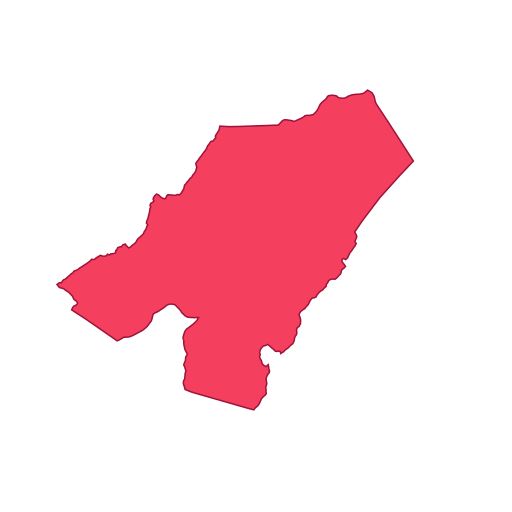 Mucugê, Bahia, Brazil (Albers equal-area conic projection), rotated 58°
{"feature_id": "56859067B79492424701178", "entity_name": "Mucugê", "entity_type": "district", "adm_level": 2, "iso_a3": "BRA", "parent_name": "Brazil", "parent_adm1": "Bahia", "projection": "albers", "projection_center": [-41.471, -13.068], "detail": "fine", "context": "isolated", "style": "filled", "palette": "rose", "viewbox_px": 512, "rotation_deg": 58, "n_neighbors": 0, "source": "geoboundaries", "source_scale": "gbopen_adm2", "svg_char_len": 5330}
<svg xmlns="http://www.w3.org/2000/svg" viewBox="0 0 512 512"><g transform="rotate(58 256 256)"><path d="M174.7,439.9L176.5,439.7L178.5,439.4L179.8,438.3L181.7,436.5L183.9,435.8L186.2,434.7L187.5,434.0L189.0,433.8L190.5,433.4L192.8,433.0L194.5,433.2L196.4,433.4L198.0,432.7L199.4,432.2L201.4,432.2L202.2,433.8L202.2,435.6L202.0,437.3L202.7,439.0L204.0,440.9L219.9,433.5L254.4,418.7L254.7,416.6L254.8,414.0L254.9,410.9L256.2,408.9L257.2,406.8L257.8,405.0L258.1,402.7L258.3,400.9L258.5,398.0L258.6,396.3L258.7,394.6L258.9,392.7L258.8,390.0L258.5,388.2L258.2,386.2L257.6,384.3L256.6,381.9L255.6,379.2L254.3,377.6L252.3,375.6L250.9,374.1L250.7,372.3L251.0,370.1L251.2,368.1L251.1,366.1L251.0,364.4L251.1,362.7L250.9,360.8L250.6,359.0L250.5,357.1L251.1,354.7L252.4,352.6L254.2,350.6L256.9,350.0L259.1,349.5L260.9,349.1L262.5,348.9L264.7,349.0L266.8,348.4L268.8,348.0L270.8,347.0L272.2,345.8L273.3,344.3L274.3,342.8L275.7,340.9L276.8,338.9L277.7,337.4L278.7,339.0L279.4,340.7L280.0,342.9L280.3,344.5L280.6,346.7L280.8,348.8L281.0,351.0L281.2,353.7L281.8,355.4L282.7,356.9L284.2,358.7L286.1,360.8L287.5,361.6L289.6,362.1L291.3,363.3L293.6,364.4L295.7,365.1L297.6,365.8L299.5,366.0L301.1,366.1L302.7,366.2L303.6,367.4L304.3,369.0L305.6,370.1L307.2,371.2L308.7,373.4L310.1,375.1L312.0,375.1L314.5,375.9L316.3,376.3L317.8,378.1L319.2,379.2L320.6,380.2L322.3,381.5L323.5,383.5L324.9,384.8L326.8,385.6L329.0,386.0L331.6,386.9L336.7,383.2L340.6,379.8L381.6,342.9L385.3,339.4L384.4,337.0L384.1,334.3L383.6,332.8L382.8,331.3L381.7,329.5L380.0,327.2L379.4,325.2L379.0,323.3L378.8,321.4L378.0,320.1L376.3,319.4L374.8,318.3L372.9,317.6L371.6,316.3L370.2,314.6L368.6,313.9L367.2,313.3L365.6,312.6L364.4,311.4L363.6,310.2L362.7,308.8L362.1,306.9L360.7,305.4L358.5,304.9L356.5,303.9L354.6,303.2L355.1,306.0L353.4,307.1L351.2,307.8L349.3,307.5L347.5,306.8L345.0,306.9L343.3,306.3L341.9,304.6L340.2,304.3L339.1,303.4L337.7,301.9L336.8,299.8L336.2,297.6L336.9,295.6L337.3,292.8L340.2,291.9L342.5,291.3L344.7,290.5L346.7,290.2L348.0,288.9L348.6,287.3L349.5,286.1L351.9,286.7L351.7,284.9L351.9,283.4L351.1,280.8L351.1,278.9L351.0,277.4L350.4,275.4L350.1,273.8L349.9,271.3L348.0,268.4L346.2,266.9L344.9,265.3L344.2,263.4L343.2,262.4L341.8,261.5L340.1,260.8L338.6,258.9L338.6,256.7L337.6,255.4L337.0,254.1L335.6,253.2L333.8,252.0L331.3,251.1L329.2,250.9L327.9,249.8L327.0,248.2L326.5,245.9L326.5,242.8L325.6,240.2L324.9,237.5L323.7,235.6L322.9,234.4L322.1,232.8L321.5,230.6L322.4,228.4L322.5,226.6L321.4,224.9L320.6,222.7L320.1,220.7L320.1,218.7L320.0,216.9L319.3,215.1L319.0,212.7L317.5,211.5L316.4,208.9L315.3,207.2L315.4,205.4L316.1,203.2L317.6,201.4L317.5,199.6L317.0,197.6L316.3,195.6L316.2,194.1L314.9,192.4L313.1,190.6L313.0,189.0L312.8,187.4L312.3,185.6L310.6,185.6L308.8,185.8L307.1,186.0L305.7,185.7L304.4,184.6L304.6,183.0L306.6,181.8L306.0,179.1L304.9,177.5L304.1,176.2L303.1,174.9L302.6,173.1L301.8,171.1L300.8,169.0L299.9,166.7L298.5,164.3L296.3,164.6L295.0,163.0L293.6,160.8L292.0,159.9L290.1,159.7L287.9,159.5L282.3,146.7L272.1,119.9L264.0,91.7L258.9,72.2L211.8,72.9L202.5,73.1L190.7,73.4L189.2,73.2L186.7,72.5L183.8,71.4L181.3,71.1L179.1,71.1L177.2,72.0L174.4,73.5L174.8,76.2L175.0,78.7L174.2,81.0L173.4,82.9L172.4,84.5L171.3,86.6L170.1,89.5L169.7,91.5L169.3,93.1L169.3,95.2L169.0,97.5L167.9,99.1L166.9,100.6L165.3,102.2L162.9,102.9L161.3,104.5L159.8,106.5L158.4,109.7L159.0,111.7L159.9,113.3L160.2,115.1L160.3,116.6L160.6,118.3L160.9,119.7L161.4,121.3L162.9,123.6L164.4,125.9L165.4,128.3L165.8,130.0L166.4,132.2L165.7,134.5L164.9,136.4L163.5,138.6L163.0,140.4L163.3,142.2L163.2,144.8L162.8,147.1L162.5,149.3L162.4,151.2L161.7,152.7L160.1,153.9L158.8,155.5L157.4,157.1L156.3,158.4L155.3,160.4L155.4,162.6L156.1,165.1L156.8,167.7L137.6,201.0L132.2,210.0L126.7,217.8L128.2,219.3L129.5,220.4L130.3,222.1L131.1,223.7L131.7,225.1L132.8,227.0L134.5,227.5L134.8,229.2L135.8,231.4L134.9,233.4L135.7,235.3L136.4,236.9L136.9,238.6L138.2,240.3L139.3,242.2L140.2,244.8L141.1,246.9L142.0,249.1L142.7,251.2L143.3,252.6L144.0,254.2L144.7,256.2L145.6,258.0L147.6,258.8L149.3,259.0L150.7,260.7L152.2,262.4L153.2,264.4L154.0,267.1L155.0,268.5L155.2,270.1L155.5,271.6L156.2,273.1L156.7,275.1L157.6,277.2L158.1,279.1L159.1,280.1L160.7,281.6L161.8,283.7L163.0,286.2L163.6,288.5L162.3,289.8L161.7,292.5L159.8,294.9L158.5,296.7L157.3,298.1L157.8,300.2L159.1,301.6L159.1,303.2L157.2,304.8L154.9,305.7L152.7,306.2L150.7,307.6L151.3,310.1L152.3,312.2L153.6,313.3L155.2,313.3L155.7,315.2L155.6,317.4L156.9,319.1L158.5,319.2L159.7,320.9L161.9,322.7L163.4,324.2L164.9,325.8L166.3,327.1L167.3,328.4L168.8,330.5L170.3,331.6L172.2,331.2L173.0,332.9L174.2,334.1L175.2,335.8L176.2,338.0L177.4,339.6L178.0,342.0L178.5,344.6L178.8,346.9L179.6,348.8L180.8,350.8L181.3,353.2L181.3,355.4L181.9,357.7L181.6,359.7L179.1,360.3L176.5,360.6L176.0,363.1L176.8,365.1L176.0,367.0L175.6,368.8L176.7,370.3L177.1,372.1L178.9,373.4L178.5,375.4L177.2,378.0L177.6,379.6L175.7,381.0L176.5,382.7L176.0,384.3L174.8,386.2L173.0,387.5L172.9,389.8L172.9,392.8L173.3,395.2L171.7,397.0L172.4,399.8L172.5,401.8L172.7,403.8L172.7,405.9L172.7,407.9L172.8,409.8L172.7,411.6L173.0,413.4L173.0,415.7L172.3,418.5L173.3,420.2L173.1,421.8L173.5,423.7L173.9,426.1L174.3,428.4L174.6,430.1L174.2,431.5L174.8,433.7L175.6,435.3L174.4,436.8L174.7,439.9Z" fill="#f43f5e" stroke="#9f1239" stroke-width="1.5"/></g></svg>